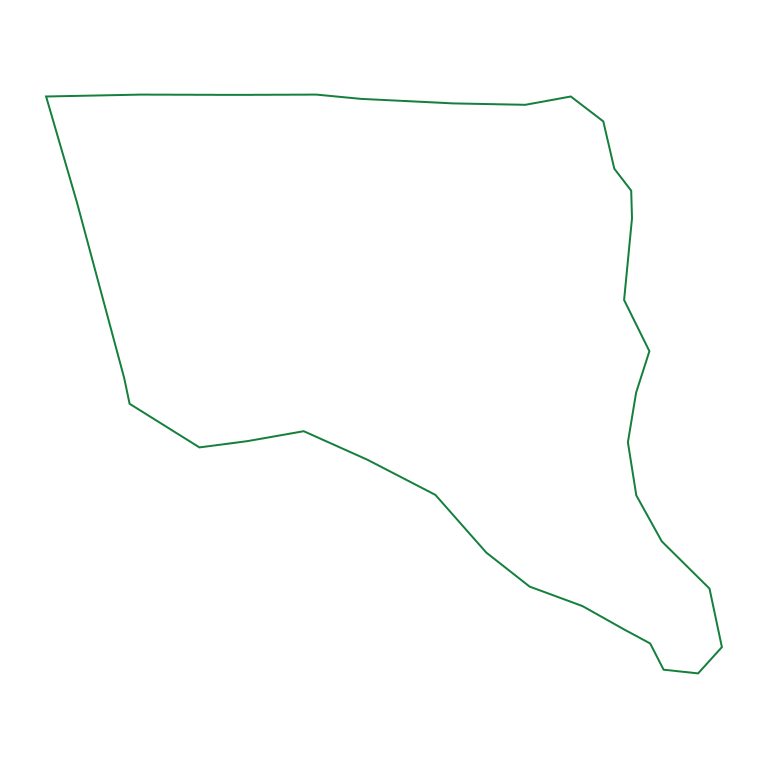 Bayaut, Sirdaryo, Uzbekistan (Robinson projection)
{"feature_id": "79887680B47457060484858", "entity_name": "Bayaut", "entity_type": "district", "adm_level": 2, "iso_a3": "UZB", "parent_name": "Uzbekistan", "parent_adm1": "Sirdaryo", "projection": "robinson", "projection_center": [68.989, 40.333], "detail": "fine", "context": "isolated", "style": "outline", "palette": "green", "viewbox_px": 768, "rotation_deg": 0, "n_neighbors": 0, "source": "geoboundaries", "source_scale": "gbopen_adm2", "svg_char_len": 551}
<svg xmlns="http://www.w3.org/2000/svg" viewBox="0 0 768 768"><path d="M709.5,588.6L661.8,541.4L636.3,495.4L627.9,442.3L636.1,392.7L649.4,351.2L624.1,300.0L632.0,218.3L631.2,190.7L614.3,168.7L603.3,121.4L570.8,96.5L525.3,104.8L453.3,103.4L361.3,98.9L316.4,94.6L235.4,94.9L140.8,94.6L46.1,96.5L76.8,201.9L124.2,378.1L129.6,403.8L199.4,447.4L246.9,441.2L303.7,431.2L367.5,459.8L435.4,494.9L486.3,552.6L529.6,586.6L582.5,606.1L624.0,629.4L650.2,643.5L663.6,669.7L698.1,673.4L721.9,647.1L709.5,588.6Z" fill="none" stroke="#15803d" stroke-width="2"/></svg>